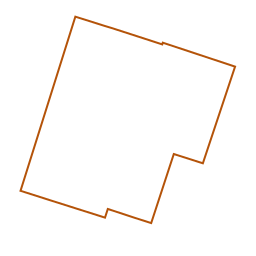 Cedar, Missouri, United States of America (Equal Earth projection), rotated 106°
{"feature_id": "52423323B54382841940119", "entity_name": "Cedar", "entity_type": "district", "adm_level": 2, "iso_a3": "USA", "parent_name": "United States of America", "parent_adm1": "Missouri", "projection": "equal_earth", "projection_center": [-93.826, 37.737], "detail": "fine", "context": "isolated", "style": "outline", "palette": "amber", "viewbox_px": 256, "rotation_deg": 106, "n_neighbors": 0, "source": "geoboundaries", "source_scale": "gbopen_adm2", "svg_char_len": 335}
<svg xmlns="http://www.w3.org/2000/svg" viewBox="0 0 256 256"><g transform="rotate(106 128 128)"><path d="M218.0,214.0L218.9,183.5L220.5,125.4L211.4,125.1L212.5,96.4L213.0,79.5L140.4,76.8L141.3,46.3L39.5,42.0L36.4,118.1L38.2,118.1L36.4,171.2L36.3,178.8L35.5,209.3L218.0,214.0Z" fill="none" stroke="#b45309" stroke-width="2"/></g></svg>